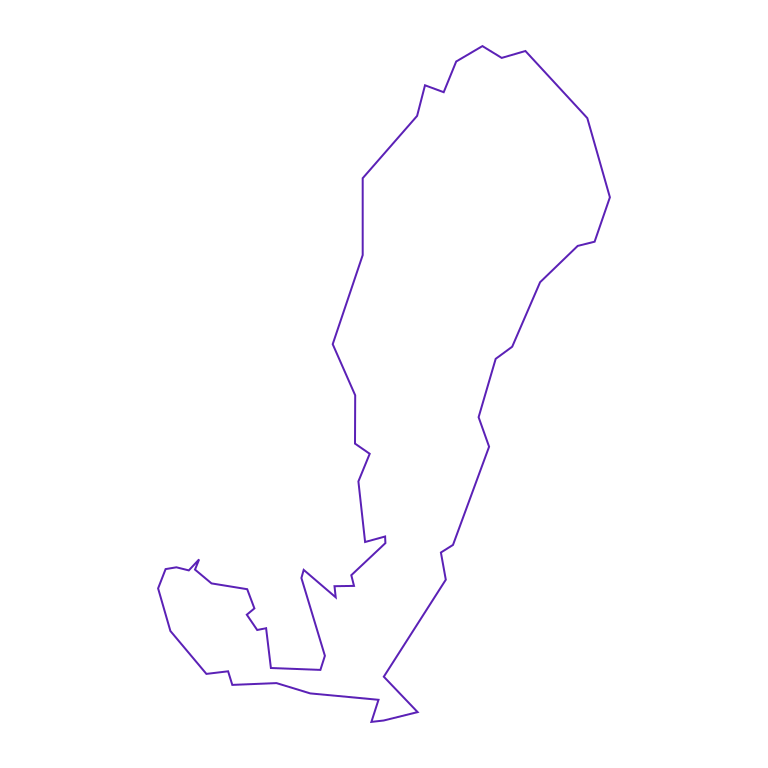 Butel, Butel, North Macedonia
{"feature_id": "65306769B57074060571114", "entity_name": "Butel", "entity_type": "district", "adm_level": 2, "iso_a3": "MKD", "parent_name": "North Macedonia", "parent_adm1": "Butel", "projection": "equal_earth", "projection_center": [21.445, 42.087], "detail": "fine", "context": "isolated", "style": "outline", "palette": "violet", "viewbox_px": 768, "rotation_deg": 0, "n_neighbors": 0, "source": "geoboundaries", "source_scale": "gbopen_adm2", "svg_char_len": 864}
<svg xmlns="http://www.w3.org/2000/svg" viewBox="0 0 768 768"><path d="M525.4,51.0L501.7,57.9L482.4,46.1L456.2,61.5L443.7,92.2L425.0,85.3L417.1,115.9L362.7,178.2L362.7,255.1L332.7,344.2L355.2,395.3L355.0,443.6L369.7,453.8L358.4,481.4L365.1,542.0L385.1,536.5L385.4,543.1L351.3,575.2L354.0,585.9L334.5,586.2L335.7,597.3L303.7,569.9L301.4,578.0L324.9,655.8L320.4,669.9L270.9,668.0L266.1,628.2L257.2,630.0L246.8,614.7L254.4,608.4L247.2,589.2L211.5,583.4L195.0,569.6L199.1,559.4L188.8,570.4L176.4,567.3L165.6,569.1L158.1,588.4L170.4,631.0L206.4,673.9L228.1,671.3L232.3,684.9L276.5,683.1L310.2,693.4L378.5,699.8L371.4,721.9L383.7,720.5L417.6,712.1L383.8,676.7L445.8,579.7L440.9,552.5L453.0,544.9L489.1,446.7L478.6,417.2L495.7,358.8L512.2,346.7L540.1,282.2L577.7,245.9L594.6,241.7L609.9,197.3L587.3,118.1L525.4,51.0Z" fill="none" stroke="#5b21b6" stroke-width="2"/></svg>